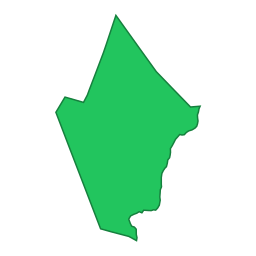 Olivedos, Paraíba, Brazil
{"feature_id": "56859067B6926108859412", "entity_name": "Olivedos", "entity_type": "district", "adm_level": 2, "iso_a3": "BRA", "parent_name": "Brazil", "parent_adm1": "Paraíba", "projection": "robinson", "projection_center": [-36.214, -6.971], "detail": "fine", "context": "isolated", "style": "filled", "palette": "green", "viewbox_px": 256, "rotation_deg": 0, "n_neighbors": 0, "source": "geoboundaries", "source_scale": "gbopen_adm2", "svg_char_len": 1025}
<svg xmlns="http://www.w3.org/2000/svg" viewBox="0 0 256 256"><path d="M115.9,15.4L106.3,44.3L103.5,52.5L95.7,73.1L89.3,89.8L87.4,95.0L83.5,102.4L65.0,97.1L55.9,112.3L69.9,148.9L85.6,189.7L100.6,228.8L110.9,231.7L128.8,236.4L136.5,240.6L137.0,237.7L136.3,234.6L136.2,229.2L134.4,227.1L131.7,226.2L130.4,223.7L128.7,219.1L130.6,215.9L134.0,214.2L136.8,213.2L139.1,211.7L141.9,212.8L143.7,210.2L148.5,210.5L151.3,210.6L153.4,209.8L155.7,210.1L157.6,208.1L159.3,205.2L160.2,200.2L159.8,197.0L160.1,193.2L160.3,189.8L161.5,186.8L161.3,184.2L161.3,181.7L161.3,177.5L161.9,173.4L163.4,170.4L164.8,168.3L166.4,166.7L167.3,163.3L167.8,159.9L169.6,157.7L170.1,155.2L170.5,152.4L170.4,148.6L172.2,145.7L174.1,142.1L175.5,139.3L177.4,137.2L179.7,134.5L182.0,135.0L184.3,134.7L186.3,132.5L188.7,130.9L192.0,129.9L195.0,128.1L196.7,126.3L197.5,123.8L198.0,121.0L197.6,118.1L197.4,115.0L198.4,112.1L199.0,108.8L200.1,106.2L190.5,107.0L170.7,86.6L156.3,71.7L139.1,47.8L115.9,15.4Z" fill="#22c55e" stroke="#15803d" stroke-width="1.5"/></svg>